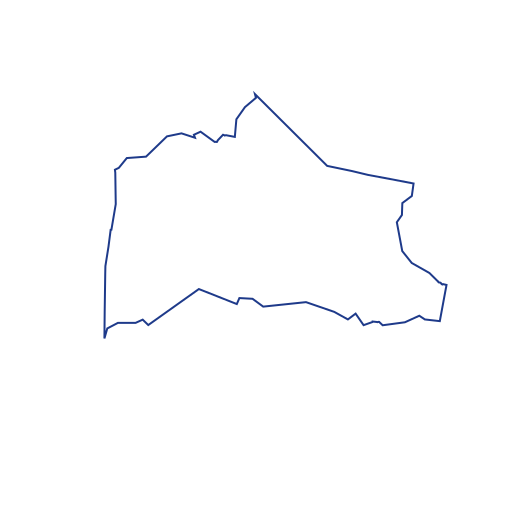 outline of Burke, North Carolina, United States of America, rotated 149°
{"feature_id": "52423323B91095890674954", "entity_name": "Burke", "entity_type": "district", "adm_level": 2, "iso_a3": "USA", "parent_name": "United States of America", "parent_adm1": "North Carolina", "projection": "orthographic", "projection_center": [-81.741, 35.779], "detail": "fine", "context": "isolated", "style": "outline", "palette": "blue", "viewbox_px": 512, "rotation_deg": 149, "n_neighbors": 0, "source": "geoboundaries", "source_scale": "gbopen_adm2", "svg_char_len": 1292}
<svg xmlns="http://www.w3.org/2000/svg" viewBox="0 0 512 512"><g transform="rotate(149 256 256)"><path d="M428.4,263.4L420.8,270.5L408.8,269.8L393.7,260.7L385.9,259.8L383.9,252.3L322.0,257.1L297.2,224.7L291.9,228.5L281.0,221.1L275.9,208.9L236.9,190.7L217.7,167.8L209.9,154.3L200.3,155.3L199.4,141.3L191.0,139.6L190.5,139.5L190.1,139.4L189.8,139.5L189.7,139.7L186.8,137.5L186.3,137.1L186.1,136.8L185.5,136.6L184.8,136.4L184.4,136.1L183.1,131.4L162.5,122.5L146.8,120.7L144.1,115.0L144.0,114.7L132.0,105.5L109.8,130.6L109.5,130.9L107.6,133.1L110.2,135.6L110.8,135.5L111.1,135.8L111.4,136.5L111.5,137.8L111.7,138.2L113.0,139.3L113.1,139.6L113.0,140.4L113.2,140.7L116.1,152.1L126.1,169.8L128.1,184.9L117.9,212.4L109.8,216.0L103.3,226.0L91.5,227.2L83.6,237.0L101.6,253.1L118.2,267.8L130.0,279.4L148.6,296.6L173.5,395.3L174.6,391.6L188.8,389.3L202.4,383.3L212.8,369.0L219.5,375.0L220.8,375.4L221.0,375.9L221.4,376.4L221.8,376.9L228.7,375.0L229.5,374.7L230.4,374.0L230.7,373.9L231.3,374.2L232.3,375.0L232.7,375.1L239.5,391.1L246.8,391.9L247.4,388.8L256.7,399.5L270.7,404.4L299.1,397.8L316.3,406.5L328.2,402.2L332.5,402.6L333.0,401.5L333.7,399.9L349.5,372.7L366.4,353.0L367.1,353.3L377.7,339.9L390.3,324.9L393.9,319.2L414.2,286.5L428.4,263.4Z" fill="none" stroke="#1e3a8a" stroke-width="2"/></g></svg>